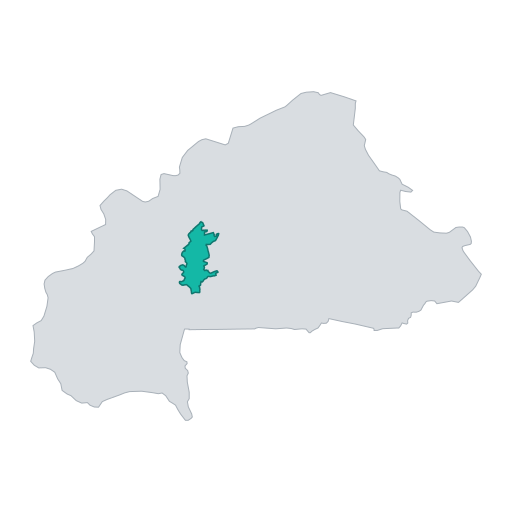 Sanguie, Sanguié, Burkina Faso shown in context
{"feature_id": "67063806B51289395143870", "entity_name": "Sanguie", "entity_type": "district", "adm_level": 2, "iso_a3": "BFA", "parent_name": "Burkina Faso", "parent_adm1": "Sanguié", "projection": "albers", "projection_center": [-2.631, 12.224], "detail": "fine", "context": "in_parent", "style": "filled", "palette": "teal", "viewbox_px": 512, "rotation_deg": 0, "n_neighbors": 0, "source": "geoboundaries", "source_scale": "gbopen_adm2", "svg_char_len": 8538}
<svg xmlns="http://www.w3.org/2000/svg" viewBox="0 0 512 512"><path d="M397.4,328.0L382.7,328.7L377.4,330.4L374.1,330.5L374.0,329.1L373.6,328.3L355.1,324.0L342.1,321.5L328.9,318.6L328.1,321.4L326.3,323.2L323.4,323.4L321.4,323.0L320.1,325.1L318.0,328.0L314.9,329.4L312.0,331.1L310.3,332.7L309.1,332.7L306.0,329.1L302.0,328.8L294.5,329.5L291.2,328.5L286.6,328.0L275.7,328.8L258.4,327.5L255.6,328.3L254.8,328.9L237.7,329.1L218.8,329.4L203.0,329.5L189.1,329.7L189.1,329.1L184.7,329.0L184.2,330.2L180.2,344.7L179.8,352.6L181.9,357.5L184.2,360.6L186.9,361.8L187.1,363.6L185.0,365.9L185.2,368.2L187.7,370.6L188.3,373.1L187.0,375.8L187.3,382.1L189.2,392.2L189.2,398.7L187.4,401.7L188.3,406.8L191.7,414.0L192.3,417.0L191.1,418.4L188.2,420.3L185.4,420.3L182.0,415.9L180.5,413.9L177.8,409.5L175.5,405.1L172.4,403.1L169.4,401.3L165.7,395.7L162.1,393.0L158.3,393.7L152.8,392.7L141.6,391.2L129.6,391.6L124.6,392.9L119.7,394.9L107.2,399.4L102.3,401.6L98.5,407.2L94.3,407.0L90.0,405.2L87.4,402.6L81.7,403.1L76.2,400.6L71.0,395.7L67.1,394.0L62.1,390.4L60.8,383.7L57.7,378.9L54.8,372.3L50.5,369.3L45.6,367.7L38.7,367.9L34.2,365.2L30.7,361.3L31.7,358.0L33.3,353.3L33.6,348.7L34.7,341.3L34.2,332.0L33.0,325.6L36.8,322.9L41.2,320.6L43.9,316.2L46.9,306.4L48.1,297.8L47.3,294.7L45.9,292.2L44.8,288.5L44.1,284.0L45.0,280.1L48.3,276.5L52.5,273.5L55.4,272.1L63.2,270.6L72.9,268.5L78.5,265.9L82.7,263.4L85.0,261.4L87.3,257.3L91.1,254.1L94.0,250.9L94.5,241.8L94.5,236.7L92.4,233.9L91.2,231.4L105.6,224.5L105.7,219.5L103.8,213.9L101.0,209.4L100.0,205.5L104.0,201.0L107.5,197.6L110.1,194.7L115.8,190.3L121.6,189.2L126.9,190.9L142.6,201.4L145.3,202.0L148.6,201.3L152.7,198.5L158.1,196.4L160.1,189.4L159.9,179.2L161.1,174.5L164.0,173.6L173.0,175.6L175.3,175.7L178.0,175.1L179.9,173.3L179.8,170.0L179.4,167.1L182.3,157.5L187.7,150.4L198.5,141.5L201.9,139.7L205.8,138.8L225.2,144.9L228.3,143.3L233.0,128.1L238.3,126.7L244.6,126.4L248.7,125.1L250.8,124.0L260.0,118.2L276.2,110.3L284.9,106.9L286.6,105.6L292.8,100.0L301.0,93.5L306.3,92.2L313.6,91.7L318.2,92.7L319.5,94.5L321.0,95.4L330.5,92.6L344.2,96.8L356.0,100.9L355.3,103.6L355.3,108.4L354.4,116.0L353.3,125.0L358.2,130.8L364.1,137.0L365.7,139.5L364.3,145.7L365.4,149.3L368.5,155.3L373.9,162.9L379.4,170.8L383.1,171.8L386.7,172.4L388.9,173.8L392.1,175.1L395.2,176.0L398.0,177.7L399.8,179.3L402.1,184.2L408.3,187.3L412.6,190.4L410.9,192.1L405.6,191.5L400.6,190.2L399.9,192.5L399.8,201.5L400.7,208.9L401.9,209.9L407.0,211.2L419.1,220.7L430.1,229.7L433.8,232.1L439.8,232.9L446.5,233.2L449.4,232.3L455.9,227.5L459.3,227.0L462.5,227.0L464.3,227.7L467.5,231.5L470.5,237.1L471.4,241.3L471.2,243.5L470.2,244.4L464.9,245.6L462.6,246.5L462.0,247.7L462.9,250.5L464.0,252.3L470.0,260.5L478.6,271.4L481.3,274.2L479.9,277.5L475.7,286.2L472.6,289.9L458.5,302.4L451.5,301.0L436.9,303.7L434.7,301.0L431.2,300.6L427.0,301.2L425.5,302.3L425.0,303.5L423.5,305.2L420.9,310.1L418.8,311.4L416.2,312.2L413.0,312.1L411.2,312.8L411.2,315.2L410.6,317.3L408.5,318.4L407.6,320.7L407.8,323.0L406.6,324.1L403.8,323.5L402.1,322.9L400.6,325.9L398.8,328.0L397.4,328.0Z" fill="#d9dde1" stroke="#a8b0b8" stroke-width="1"/><path d="M191.9,293.7L192.6,293.5L193.5,293.0L195.1,292.3L195.5,292.3L197.1,292.5L197.5,292.5L199.2,292.6L199.4,292.6L199.6,292.5L199.7,292.3L199.8,291.5L199.7,290.5L199.8,290.0L199.9,289.2L199.8,288.6L199.6,288.1L199.6,287.5L199.6,287.3L199.1,286.4L199.0,286.1L199.1,285.9L199.4,285.7L200.2,285.5L200.4,285.3L200.5,285.2L200.6,284.8L200.6,284.3L200.7,283.0L201.0,281.9L201.1,281.6L201.3,281.8L201.5,281.8L201.8,281.9L202.0,282.0L202.3,281.9L202.7,281.5L203.0,281.2L203.2,280.9L203.5,280.3L204.3,279.4L204.7,279.0L206.0,278.6L206.6,278.2L207.0,277.8L207.1,277.7L207.4,277.1L207.8,276.6L208.0,276.5L208.6,276.4L210.2,276.6L210.5,276.6L210.9,276.5L213.6,275.8L214.1,275.9L214.4,275.8L214.7,275.8L215.2,275.5L215.9,275.4L216.1,275.3L216.0,274.9L216.0,274.7L215.9,274.3L215.7,273.6L215.7,273.4L215.8,273.3L216.0,273.1L217.0,272.7L217.5,272.5L217.7,272.4L217.8,272.3L217.9,272.2L218.0,272.1L217.9,271.9L217.3,271.0L216.9,270.8L216.2,271.0L215.1,271.3L213.4,272.0L210.8,273.2L210.5,273.2L210.3,273.2L209.9,273.0L208.9,272.2L208.1,271.1L207.9,270.8L208.0,270.8L207.8,270.4L207.6,270.5L207.2,270.7L206.8,270.4L206.2,270.0L205.9,270.1L205.1,270.4L204.9,270.6L204.7,270.5L204.5,270.3L204.2,269.8L203.8,269.6L203.7,269.5L203.9,269.0L204.1,268.6L204.4,267.7L204.4,267.3L204.3,267.1L204.2,266.8L203.9,266.3L203.8,266.0L203.8,265.9L204.0,265.8L204.8,265.4L205.3,265.1L206.9,264.2L207.1,264.0L207.2,263.9L207.2,263.7L207.2,263.0L207.1,262.7L206.8,262.6L204.2,261.7L203.5,261.4L203.4,261.3L203.5,260.4L203.6,260.2L204.1,259.9L206.8,258.6L207.3,258.3L208.8,257.5L208.9,257.4L209.0,257.2L209.0,256.3L209.2,255.4L209.0,254.4L208.4,251.9L207.9,250.4L207.7,249.0L207.2,247.3L207.0,246.7L206.9,246.4L206.8,246.0L206.6,245.8L206.1,245.4L206.1,245.1L206.3,244.4L208.3,244.5L208.7,244.4L209.0,244.4L209.5,244.4L210.0,244.4L210.4,244.2L211.2,243.2L212.7,241.9L213.3,241.5L213.9,241.2L215.0,240.8L215.4,240.6L215.6,240.4L217.1,237.7L217.8,236.3L218.0,235.8L218.1,235.7L218.3,235.5L218.3,235.4L218.3,235.1L218.2,234.9L218.4,234.7L218.6,234.3L218.6,234.1L218.7,233.8L218.7,233.6L218.4,233.5L217.5,233.7L216.4,234.3L216.3,234.7L216.4,235.3L216.5,235.8L216.3,236.1L215.8,236.2L214.9,236.5L214.6,236.5L214.5,236.3L214.3,235.8L214.2,235.7L214.0,235.1L214.0,234.7L214.2,234.4L213.9,234.1L213.8,233.9L213.6,233.1L213.3,232.6L208.6,233.9L204.5,235.0L204.5,234.8L204.5,234.0L204.5,233.3L204.5,231.9L204.9,231.9L205.1,231.9L206.2,231.7L206.6,231.6L207.0,231.2L207.2,230.9L207.2,230.2L205.7,230.1L205.1,230.2L203.9,230.2L203.5,230.3L203.2,230.2L202.9,230.3L202.6,230.4L202.3,230.5L202.2,230.5L201.5,229.7L201.5,229.0L201.6,228.0L201.7,227.2L201.9,226.8L203.6,226.1L204.0,225.8L203.3,224.1L203.1,223.7L202.9,223.0L202.3,222.4L201.9,222.3L201.4,222.2L201.0,222.0L200.9,222.0L200.7,222.0L200.7,221.9L200.5,222.0L200.4,222.2L200.3,222.3L199.9,222.7L199.8,223.0L199.7,223.5L195.5,227.1L195.5,227.3L195.3,227.5L195.0,227.6L194.6,228.0L194.3,228.3L194.0,228.6L193.4,229.0L193.2,229.3L193.0,229.5L192.9,229.9L192.9,230.4L192.8,230.6L192.6,230.6L192.3,230.6L191.9,230.8L191.9,231.0L191.2,231.0L191.1,231.3L190.9,231.4L190.9,231.8L190.7,232.1L190.4,232.4L190.2,232.7L189.9,232.7L189.5,233.2L189.1,233.5L188.6,234.2L188.2,235.1L188.5,236.1L189.1,237.5L189.7,238.5L190.4,239.9L190.8,240.9L190.9,241.2L190.1,241.9L189.4,242.4L189.2,242.7L189.0,242.9L189.1,243.2L189.1,243.5L189.0,243.9L188.5,244.3L188.1,244.8L187.8,245.2L187.7,245.1L187.3,245.4L185.4,247.0L183.7,248.3L183.9,248.4L184.3,248.4L184.6,248.6L185.1,249.6L185.1,249.9L185.1,250.1L185.1,250.3L185.1,250.5L185.0,250.9L185.0,251.0L184.9,251.1L184.6,251.2L184.1,251.0L184.0,250.9L183.6,251.0L183.4,251.3L182.8,251.9L182.4,252.3L182.3,252.7L181.9,253.3L181.9,253.7L181.6,254.9L181.7,255.3L181.9,255.7L182.2,256.0L182.5,256.2L182.8,256.2L183.0,256.5L183.3,256.6L183.5,256.7L183.7,256.9L184.0,257.3L184.6,257.8L184.8,258.3L185.0,258.6L185.0,258.9L185.0,259.0L185.0,259.3L185.0,259.6L185.2,259.8L185.4,260.4L185.5,260.6L185.3,261.4L185.5,261.9L185.9,262.1L186.3,262.4L186.9,263.4L186.9,263.7L186.8,264.2L186.6,264.7L186.4,265.0L186.3,265.4L186.2,266.7L186.0,267.0L185.9,267.0L185.7,267.1L185.0,266.6L184.9,266.5L184.9,266.4L184.6,266.2L184.5,265.9L184.0,265.4L183.7,265.2L182.8,264.9L182.5,264.9L182.3,264.9L182.1,265.0L181.7,265.2L180.9,265.4L180.6,265.5L180.1,265.9L179.9,266.2L179.3,266.5L179.1,267.1L179.1,267.3L179.2,267.5L179.5,267.8L179.6,268.0L179.9,268.2L180.0,268.3L180.2,268.7L180.3,269.2L180.5,269.4L180.8,269.6L181.0,269.7L181.2,269.9L181.3,270.0L181.7,270.1L182.0,270.1L182.4,270.2L182.8,270.3L183.3,270.7L183.3,270.8L183.5,271.2L183.6,271.4L183.7,271.6L183.6,272.4L183.5,272.6L182.8,273.2L182.0,274.1L181.9,274.4L181.9,274.7L182.1,275.1L182.4,275.5L182.5,275.5L183.1,275.6L183.5,276.0L183.9,276.2L184.2,276.4L184.7,276.8L184.8,277.0L185.0,277.4L185.1,277.6L185.1,278.1L184.4,279.2L184.3,279.3L184.1,280.2L183.9,280.5L183.6,280.7L183.1,281.0L182.8,281.0L182.2,281.4L181.7,281.6L181.2,281.7L180.5,281.5L179.8,281.5L179.6,281.6L179.4,282.4L179.6,283.2L179.7,283.4L180.0,283.7L180.5,284.0L181.4,284.7L182.1,285.2L182.4,285.2L182.5,285.2L182.9,285.0L183.3,285.2L184.1,285.0L184.3,284.8L184.5,284.8L184.8,284.9L185.5,284.8L185.9,284.7L186.2,284.6L186.6,284.7L187.0,285.0L187.5,285.4L187.8,285.7L188.2,286.0L188.6,286.4L188.9,286.5L189.9,287.5L190.4,288.0L190.9,288.7L191.0,289.4L191.0,289.7L191.4,291.6L191.4,292.3L191.6,293.1L191.6,293.4L191.7,293.6L191.9,293.7Z" fill="#14b8a6" stroke="#0f766e" stroke-width="1.5"/></svg>